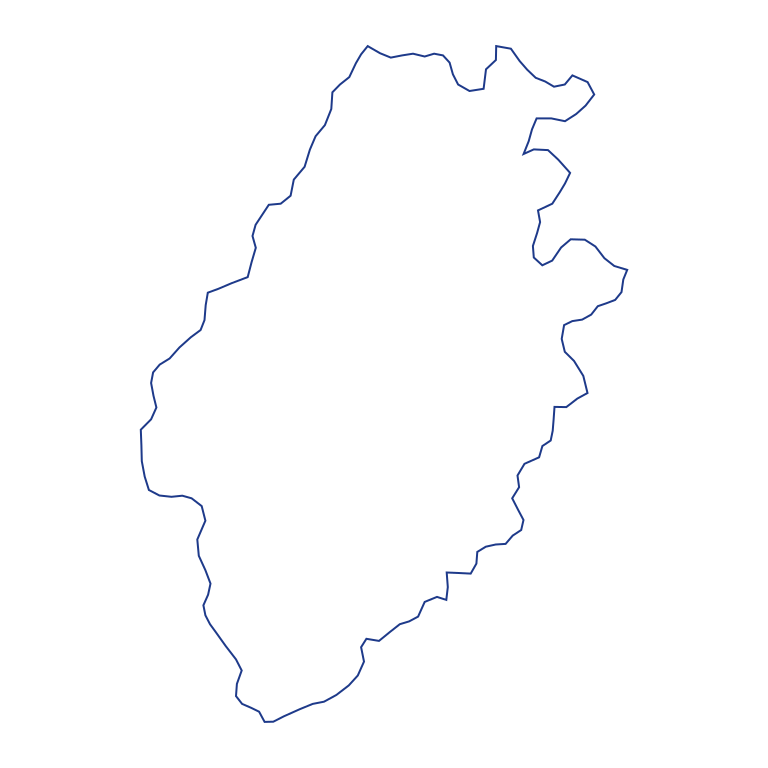 outline of São José da Varginha, Minas Gerais, Brazil
{"feature_id": "56859067B73320463748486", "entity_name": "São José da Varginha", "entity_type": "district", "adm_level": 2, "iso_a3": "BRA", "parent_name": "Brazil", "parent_adm1": "Minas Gerais", "projection": "natural_earth1", "projection_center": [-44.552, -19.7], "detail": "fine", "context": "isolated", "style": "outline", "palette": "blue", "viewbox_px": 768, "rotation_deg": 0, "n_neighbors": 0, "source": "geoboundaries", "source_scale": "gbopen_adm2", "svg_char_len": 2232}
<svg xmlns="http://www.w3.org/2000/svg" viewBox="0 0 768 768"><path d="M570.1,172.9L558.2,159.6L548.0,150.1L533.8,149.4L523.6,154.0L528.7,141.2L532.0,129.4L536.6,118.4L551.3,118.4L565.0,121.2L576.2,114.0L585.6,105.6L594.2,94.5L587.6,82.1L572.4,75.4L564.8,84.5L554.0,86.7L545.2,81.5L535.7,77.8L527.2,69.7L519.7,61.1L510.9,48.7L496.2,46.1L495.9,60.0L486.0,69.3L483.6,88.8L469.5,91.0L458.1,84.5L452.9,74.3L449.6,62.6L443.0,55.4L434.1,53.7L424.7,56.5L413.0,53.7L402.1,55.4L390.8,57.6L380.0,53.2L367.7,46.1L361.1,54.3L355.9,63.2L349.3,77.1L340.0,84.5L332.4,92.3L331.3,109.0L324.9,125.1L315.6,136.2L309.9,149.6L304.6,166.8L293.8,179.6L290.6,195.7L280.7,203.7L268.8,204.8L261.8,215.4L255.6,224.8L252.5,236.0L255.8,247.8L251.6,262.1L247.7,277.1L231.6,283.2L218.4,288.8L207.8,292.7L205.7,305.1L204.5,320.1L200.6,330.0L190.9,337.2L179.5,347.4L169.6,358.5L159.7,364.6L153.1,372.4L151.1,383.0L153.5,395.8L156.4,407.5L151.1,419.3L140.8,429.7L141.4,445.3L141.8,461.2L144.7,476.6L148.9,490.0L159.4,495.5L171.5,496.8L182.3,495.7L191.6,498.3L201.7,506.1L205.4,520.7L197.3,539.5L198.8,555.8L205.4,570.2L210.5,583.6L208.1,594.7L203.4,605.3L205.4,615.3L210.0,624.2L216.2,632.7L225.6,645.9L236.0,659.4L241.7,670.5L236.9,683.9L236.0,696.1L242.1,703.9L251.1,707.8L259.1,711.7L264.6,721.9L273.3,721.7L283.9,716.3L300.0,709.1L312.7,703.9L324.0,701.7L336.3,695.0L348.8,685.4L357.8,675.5L364.0,661.6L361.1,647.2L366.4,638.8L379.0,640.9L389.9,632.0L399.8,624.2L409.1,621.4L418.1,616.6L424.7,601.9L437.0,596.9L446.3,599.9L447.8,587.1L446.7,572.5L458.6,573.0L470.7,573.6L476.4,563.6L477.3,551.9L485.8,546.7L495.7,544.5L505.6,543.9L512.7,535.6L521.2,530.0L523.5,520.0L518.2,510.0L512.2,498.3L519.1,487.2L517.5,475.5L524.5,463.8L539.1,457.3L542.4,446.0L550.7,440.5L552.7,430.8L553.6,419.7L554.5,406.9L566.3,407.1L577.3,398.6L587.5,393.0L583.3,375.9L574.0,360.9L564.8,351.8L561.7,338.9L564.1,325.1L572.3,321.1L582.2,319.6L591.2,314.6L597.8,306.2L606.3,303.3L615.2,299.9L621.5,292.1L623.3,279.5L627.2,269.9L614.3,266.0L604.4,258.2L595.4,246.5L584.8,239.7L570.7,239.3L561.1,247.5L552.2,260.6L542.3,265.3L533.8,257.5L532.9,246.0L537.1,233.0L540.1,222.1L538.0,210.4L552.3,203.7L559.9,192.0L565.0,183.5L570.1,172.9Z" fill="none" stroke="#1e3a8a" stroke-width="2"/></svg>